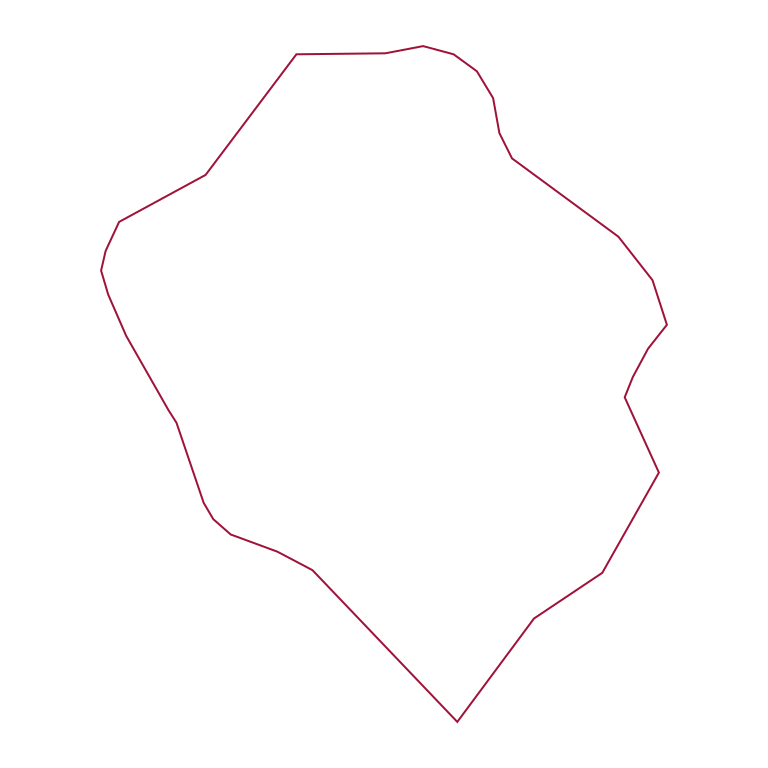 SVG path tracing the border of Duplek
{"feature_id": "SVN-948", "entity_name": "Duplek", "entity_type": "Municipality", "adm_level": 1, "iso_a3": "SVN", "parent_name": "Slovenia", "parent_adm1": "", "projection": "orthographic", "projection_center": [15.768, 46.508], "detail": "fine", "context": "isolated", "style": "outline", "palette": "rose", "viewbox_px": 768, "rotation_deg": 0, "n_neighbors": 0, "source": "natural_earth", "source_scale": "10m", "svg_char_len": 505}
<svg xmlns="http://www.w3.org/2000/svg" viewBox="0 0 768 768"><path d="M168.4,410.0L126.2,335.9L108.2,294.6L101.1,270.6L105.6,251.0L119.1,221.9L205.6,174.9L296.4,54.3L385.3,53.3L423.1,46.1L453.6,54.3L476.9,71.3L493.1,98.1L499.4,133.1L512.0,158.4L618.4,236.7L652.5,280.2L666.9,324.8L648.1,348.6L632.8,377.1L624.7,397.3L658.9,472.6L602.3,572.8L534.0,618.5L457.3,721.9L312.5,570.2L277.4,551.7L230.7,534.5L213.3,519.2L203.7,502.9L176.5,422.8L168.4,410.0Z" fill="none" stroke="#9f1239" stroke-width="2"/></svg>